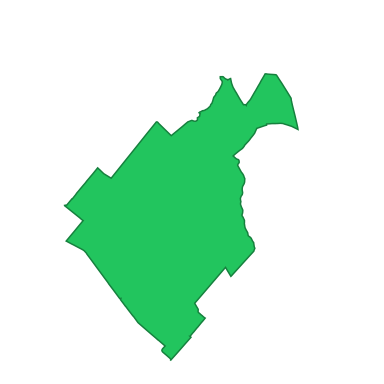 Mereni, Constanta, Romania (Robinson projection), rotated 129°
{"feature_id": "2599482B33933506260417", "entity_name": "Mereni", "entity_type": "district", "adm_level": 2, "iso_a3": "ROU", "parent_name": "Romania", "parent_adm1": "Constanta", "projection": "robinson", "projection_center": [28.322, 44.014], "detail": "fine", "context": "isolated", "style": "filled", "palette": "green", "viewbox_px": 384, "rotation_deg": 129, "n_neighbors": 0, "source": "geoboundaries", "source_scale": "gbopen_adm2", "svg_char_len": 5440}
<svg xmlns="http://www.w3.org/2000/svg" viewBox="0 0 384 384"><g transform="rotate(129 192 192)"><path d="M48.0,200.4L48.1,200.6L48.2,200.8L49.7,203.0L51.2,205.1L52.9,207.6L53.4,208.5L54.2,209.5L56.0,209.2L59.8,208.6L62.0,208.3L64.9,207.7L67.7,207.3L73.7,206.3L74.7,206.2L81.6,205.1L82.7,204.9L84.5,204.8L86.2,204.9L87.8,204.9L89.7,204.8L90.2,204.8L90.5,204.5L90.5,205.3L90.6,205.6L90.9,206.0L91.7,206.7L91.7,207.1L91.0,209.2L90.2,211.7L89.2,214.5L87.7,218.3L87.1,219.8L86.5,221.6L85.2,224.9L84.9,225.8L83.9,227.5L83.0,229.0L82.4,229.9L81.9,230.5L80.2,232.6L79.5,233.4L79.7,233.6L79.8,233.6L80.9,234.1L82.0,234.6L82.4,234.7L82.3,235.2L82.6,235.9L82.8,236.5L83.0,237.4L83.0,237.9L83.0,238.8L82.9,239.4L82.8,239.9L82.9,240.4L83.3,241.1L83.9,241.7L84.3,242.2L84.6,242.6L85.5,241.9L86.1,241.3L86.5,239.9L87.0,238.3L87.4,237.7L89.0,236.8L89.7,236.5L91.7,236.0L94.5,235.4L95.3,235.3L96.4,235.1L97.7,235.0L98.5,235.1L99.5,235.4L100.3,235.3L101.8,234.7L104.2,234.7L104.7,234.7L106.1,234.1L108.4,233.1L110.2,232.5L110.7,232.3L111.7,232.5L113.1,232.2L113.5,232.0L114.2,231.8L115.2,232.1L116.1,232.2L117.7,232.4L118.7,232.9L120.3,233.5L121.2,234.0L121.9,234.7L122.4,235.1L122.5,235.1L123.6,235.5L125.1,236.3L126.0,236.4L126.0,234.9L127.1,234.5L128.5,233.7L129.7,234.1L131.0,234.5L132.0,233.5L132.9,233.1L133.8,233.3L134.8,233.8L135.4,234.6L135.8,235.3L136.1,236.3L136.3,236.9L136.6,237.3L140.2,239.4L140.3,239.4L143.3,240.0L147.2,240.7L161.3,243.6L160.4,253.4L159.7,260.9L159.4,262.3L159.4,262.6L159.5,263.2L159.8,263.6L160.0,263.8L160.6,263.8L161.7,263.8L163.5,263.8L176.4,263.8L189.2,263.7L189.7,263.7L232.1,263.5L232.2,263.8L233.3,272.0L232.6,280.5L240.6,280.5L243.8,280.6L246.2,280.6L249.3,280.7L252.4,280.6L254.9,280.7L259.9,280.8L262.2,280.8L265.2,280.9L267.7,280.7L269.9,280.7L272.8,280.7L272.9,281.0L281.1,281.1L281.4,281.6L282.6,282.6L282.8,282.3L282.7,262.1L282.8,262.0L282.8,261.5L282.8,259.3L282.7,258.6L282.8,258.6L292.5,258.7L294.8,258.7L300.8,258.8L309.3,258.9L308.0,252.2L307.6,250.6L307.6,250.4L306.4,244.4L305.7,240.9L305.5,238.9L305.9,236.1L306.0,235.6L306.2,235.0L306.3,234.9L306.6,233.8L307.2,231.4L308.6,226.0L309.5,222.6L310.9,217.3L311.8,213.8L312.6,210.8L312.6,210.7L313.8,206.2L315.4,199.9L315.7,199.3L316.2,197.3L317.0,194.1L317.5,192.0L318.4,188.5L319.3,185.0L320.3,181.1L319.4,180.3L320.7,179.7L321.9,174.8L322.7,171.8L322.6,171.7L323.9,166.6L324.7,163.2L325.5,159.9L325.5,159.2L326.3,156.2L327.5,151.7L327.8,144.0L327.8,143.8L328.1,134.6L328.2,130.1L328.4,125.0L328.3,124.7L328.6,116.0L332.2,116.2L332.6,116.2L333.1,116.1L333.5,116.0L333.9,115.8L334.3,115.5L334.4,115.3L334.6,114.8L334.8,114.2L335.1,104.7L335.2,104.0L335.4,103.4L335.5,103.2L335.9,102.8L336.0,102.8L336.0,102.7L335.9,102.7L326.0,102.2L315.7,101.8L305.5,101.4L305.4,102.8L305.3,102.7L304.5,102.7L303.7,102.7L302.6,102.7L301.9,102.7L301.0,102.7L299.7,102.6L298.8,102.6L297.8,102.6L296.3,102.6L295.5,102.6L294.5,102.6L293.4,102.5L292.5,102.5L291.5,102.5L290.7,102.5L290.0,102.5L288.3,102.5L287.3,102.5L286.0,102.4L284.5,102.4L283.4,102.4L282.5,102.4L281.7,102.4L281.8,103.3L281.8,103.8L281.8,104.4L281.8,105.1L281.7,105.7L281.7,106.8L281.7,107.5L281.7,108.3L281.6,109.1L281.6,109.5L281.6,110.1L281.6,110.7L281.5,111.5L280.9,112.2L279.7,113.0L279.2,113.5L278.1,116.5L276.8,119.8L276.6,119.9L267.0,119.6L249.0,119.1L248.9,119.1L231.5,118.6L229.9,118.5L229.5,118.5L233.1,108.7L232.4,108.6L214.3,107.6L205.3,107.1L200.9,106.8L199.1,106.7L198.5,107.0L197.0,107.5L196.2,107.7L195.9,108.2L195.5,109.0L195.2,109.4L194.9,109.7L193.7,111.0L192.4,112.4L192.4,112.6L192.2,113.6L191.4,115.4L191.3,115.6L190.7,116.9L190.6,117.4L190.5,118.1L190.5,118.7L190.6,119.3L190.6,120.1L190.6,120.7L190.3,121.2L188.6,123.1L187.6,125.6L187.1,126.8L186.4,128.2L186.1,128.7L185.4,129.4L185.0,129.9L184.4,130.5L184.0,131.0L183.4,131.6L182.6,132.1L181.9,132.7L181.3,133.1L180.8,133.8L180.4,134.7L179.5,136.4L179.2,137.5L179.0,137.9L178.7,138.5L178.2,138.8L176.4,139.5L174.5,140.8L174.0,141.3L172.4,144.4L171.3,146.2L170.6,146.9L169.5,147.6L168.9,147.8L168.7,148.0L168.2,148.6L167.8,149.2L167.1,149.8L166.5,150.4L166.4,150.4L166.0,150.6L165.6,150.7L165.2,150.9L164.2,151.2L162.4,151.3L161.8,151.6L160.8,152.1L160.3,152.6L158.7,154.4L158.0,154.9L157.3,155.4L156.8,155.7L156.0,156.1L155.5,156.2L154.0,156.5L153.2,156.6L151.7,157.1L151.0,157.5L150.4,157.9L149.9,158.3L149.4,158.7L148.7,159.1L148.4,159.4L148.2,159.6L148.0,160.2L147.7,160.7L147.2,161.5L146.6,162.4L146.0,164.0L145.7,165.1L145.5,166.2L142.7,173.0L142.2,173.5L141.3,173.8L141.1,173.8L139.9,173.8L139.2,174.0L138.4,174.8L137.8,175.5L137.7,176.1L137.7,176.5L137.8,176.9L138.0,177.3L138.1,177.6L138.2,177.9L138.3,178.2L138.3,178.7L138.3,179.6L138.1,182.7L135.3,182.3L131.9,181.6L129.3,181.0L126.8,180.3L126.1,180.2L125.7,180.2L124.4,180.2L123.3,180.3L122.8,180.4L122.6,180.5L119.6,180.3L117.0,180.1L114.5,180.1L113.9,180.2L113.7,180.2L109.3,180.2L107.0,180.3L101.8,181.7L98.9,179.9L94.6,177.2L93.1,176.1L92.4,176.7L92.2,176.8L89.0,173.4L88.3,172.7L87.5,171.7L86.2,170.1L84.8,168.5L83.4,167.0L82.9,166.4L82.0,165.1L81.5,164.3L81.1,163.1L80.5,161.6L79.9,160.2L79.2,158.3L78.5,156.5L78.3,156.1L77.9,154.3L77.5,152.6L76.7,149.0L75.7,150.1L75.0,150.9L72.7,153.8L67.8,160.1L64.5,164.5L61.3,168.7L60.1,170.2L59.4,171.1L59.1,171.4L58.2,172.6L57.8,173.0L57.5,173.3L56.9,173.9L56.7,174.1L56.6,174.6L56.4,175.1L54.2,181.3L52.8,185.4L50.8,191.2L49.5,195.4L48.1,199.5L48.0,200.4Z" fill="#22c55e" stroke="#15803d" stroke-width="1.5"/></g></svg>